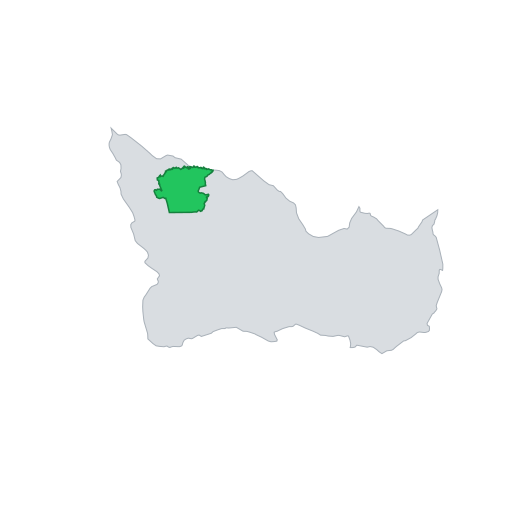 location of Rafaï, Mbomou, Central African Republic, rotated 208°
{"feature_id": "33826404B37622790924059", "entity_name": "Rafaï", "entity_type": "district", "adm_level": 2, "iso_a3": "CAF", "parent_name": "Central African Republic", "parent_adm1": "Mbomou", "projection": "albers", "projection_center": [24.169, 5.748], "detail": "fine", "context": "in_parent", "style": "filled", "palette": "green", "viewbox_px": 512, "rotation_deg": 208, "n_neighbors": 0, "source": "geoboundaries", "source_scale": "gbopen_adm2", "svg_char_len": 8385}
<svg xmlns="http://www.w3.org/2000/svg" viewBox="0 0 512 512"><g transform="rotate(208 256 256)"><path d="M346.7,196.8L350.9,197.9L351.6,199.2L350.5,203.5L351.3,206.2L353.7,208.5L356.1,209.4L358.4,210.0L366.5,211.4L369.9,212.9L374.4,218.0L379.9,222.5L381.3,224.9L381.1,227.1L379.4,229.8L379.7,230.9L382.2,233.6L385.2,236.3L390.6,239.4L399.9,244.1L404.2,247.3L405.6,249.7L408.0,252.3L411.4,254.7L413.6,256.6L412.1,261.8L412.6,263.6L413.4,265.1L415.4,267.1L416.2,269.8L418.1,273.1L420.4,274.6L424.3,275.1L426.3,276.6L430.5,279.3L434.6,281.5L436.4,283.1L437.5,284.5L438.4,286.1L438.9,287.7L439.0,291.3L439.7,295.7L442.0,298.7L444.0,300.9L435.6,298.4L434.4,298.3L432.9,298.8L428.6,302.0L427.2,302.4L421.7,301.7L408.3,299.3L398.1,296.9L395.0,296.0L389.5,295.2L385.9,296.9L382.5,302.5L381.5,303.6L376.2,305.3L373.6,304.8L367.5,306.4L357.9,304.1L354.5,304.5L351.9,305.7L345.0,308.3L340.8,309.7L336.0,311.0L331.4,313.1L328.3,314.2L325.3,314.2L322.5,313.0L319.6,312.0L316.0,311.8L312.3,312.4L309.1,314.6L307.8,316.2L305.1,320.5L301.8,327.4L300.5,328.8L299.4,329.5L284.4,326.0L278.0,325.1L273.7,326.2L268.2,324.2L265.8,323.9L264.7,324.5L261.7,323.6L256.8,321.2L252.0,320.2L247.8,320.5L245.2,319.7L243.2,317.4L240.5,313.1L235.7,308.9L229.2,305.5L225.1,303.0L223.5,301.3L220.0,300.3L214.7,300.1L209.5,301.7L202.0,306.9L195.1,317.5L191.2,321.6L188.1,322.6L187.3,325.2L188.8,329.3L189.2,334.1L188.0,342.1L188.3,347.9L186.7,347.0L185.2,344.2L184.4,343.7L179.9,344.8L177.5,345.9L176.2,347.0L175.3,347.2L173.8,345.6L172.7,345.4L170.9,345.6L169.1,345.6L167.9,345.4L167.1,345.5L165.0,344.6L157.2,342.2L155.9,341.5L154.3,341.5L150.2,343.5L148.1,344.0L141.6,345.1L134.6,345.6L132.0,345.6L130.2,346.5L129.0,347.7L126.7,355.0L126.1,356.3L126.2,358.2L125.5,364.1L125.8,366.0L117.2,382.2L115.9,379.5L115.1,376.3L114.8,372.6L115.0,371.7L114.5,370.6L113.8,367.6L114.5,365.6L114.0,363.6L112.4,361.6L111.0,360.1L110.1,358.7L109.4,358.1L107.8,357.9L105.7,357.1L96.6,347.4L87.2,336.5L85.3,332.9L84.5,330.9L86.9,330.7L87.5,330.4L87.5,329.4L86.1,326.6L85.5,323.1L84.3,320.9L80.6,317.6L77.1,315.0L76.0,313.7L75.4,311.8L74.2,300.2L73.6,296.8L72.5,295.4L71.7,294.7L71.4,293.9L71.6,291.8L72.1,290.0L72.1,289.2L73.1,287.6L73.3,276.8L72.1,275.3L70.0,275.3L68.9,273.7L68.0,271.7L68.3,270.3L70.4,268.1L71.8,267.3L75.9,265.7L77.0,264.8L77.8,263.8L78.3,262.3L80.7,256.8L84.3,251.4L85.8,250.3L89.5,242.2L90.3,240.1L91.0,238.0L92.1,236.4L96.0,233.7L99.0,228.9L102.2,229.2L105.4,230.0L109.6,230.5L112.8,229.6L115.0,227.7L125.1,224.6L125.8,222.1L127.4,220.7L129.3,219.6L129.9,219.4L130.1,220.3L131.2,223.0L133.4,225.7L136.7,228.7L137.7,228.5L139.8,226.3L145.1,225.0L146.4,224.4L150.2,221.2L154.7,219.2L157.3,218.5L161.9,216.4L165.1,216.7L170.3,216.4L178.9,215.5L185.2,215.2L188.3,214.8L189.1,214.4L190.3,211.3L191.3,210.4L193.7,209.1L198.3,204.5L201.3,200.5L202.3,199.1L202.9,198.9L204.2,197.2L202.9,195.5L197.8,191.9L197.9,191.4L197.6,190.8L197.9,190.4L199.9,188.9L202.5,187.3L205.3,186.7L212.7,186.9L218.9,186.6L220.4,186.7L225.3,185.9L228.6,185.2L232.1,183.5L239.9,183.8L246.4,179.5L248.2,178.8L249.0,178.1L249.3,177.4L252.3,175.8L255.7,172.2L258.4,169.1L259.2,166.8L266.5,159.3L269.1,159.5L270.3,158.5L273.3,153.5L274.2,152.6L277.2,151.7L278.6,150.2L279.9,148.0L279.9,145.2L279.4,143.0L279.4,141.9L280.1,140.9L281.2,139.9L286.8,137.2L288.2,135.9L289.1,134.8L290.6,134.5L292.3,134.7L293.4,133.9L294.6,132.7L298.5,131.0L302.0,129.8L305.8,130.3L312.5,132.0L314.6,135.6L315.5,136.9L323.9,145.4L325.5,147.5L329.7,153.7L332.2,157.9L335.1,163.9L335.4,167.2L335.0,170.0L334.4,177.9L333.6,180.2L330.0,184.5L329.8,186.4L330.5,188.0L331.7,188.7L332.4,189.5L331.9,193.2L333.3,194.7L336.0,195.6L343.0,196.3L346.7,196.8Z" fill="#d9dde1" stroke="#a8b0b8" stroke-width="1"/><path d="M352.9,253.7L333.4,264.3L332.1,265.3L330.2,266.5L329.2,266.9L328.6,267.8L328.4,268.9L328.3,269.4L327.2,269.7L326.5,269.7L326.1,269.3L325.6,269.6L325.5,270.2L325.3,270.6L324.9,270.7L324.9,271.3L324.9,271.8L324.9,272.5L324.2,273.1L324.5,273.6L324.6,274.4L324.8,275.4L324.9,275.9L325.1,276.8L326.1,277.6L326.5,278.2L326.4,278.6L326.2,279.0L326.3,279.3L326.5,279.5L326.5,279.9L326.3,279.9L326.0,280.2L326.1,281.0L325.7,281.5L325.6,282.4L326.0,283.1L326.0,283.7L326.5,284.2L326.9,284.3L327.3,284.5L327.4,284.9L327.0,285.3L326.6,285.4L326.4,285.5L326.5,286.1L326.1,286.5L326.2,287.2L326.4,287.8L326.9,288.1L327.3,288.1L327.5,287.5L328.0,287.1L328.4,287.0L328.8,286.7L329.3,286.3L329.8,286.2L330.8,286.5L332.4,286.6L332.8,286.3L333.7,286.2L334.3,285.9L334.7,285.3L336.1,285.3L336.9,285.5L337.6,286.2L337.7,288.0L337.8,288.8L337.9,289.5L338.1,290.2L333.4,294.5L333.8,295.1L334.6,295.6L335.0,296.9L336.3,298.5L337.4,299.6L337.8,300.6L338.0,301.0L338.0,301.8L336.9,303.0L336.6,303.8L336.6,304.7L336.2,305.4L335.6,306.1L335.5,306.7L335.1,307.4L334.8,308.3L334.5,308.4L334.4,308.8L334.5,309.2L334.2,309.3L334.2,309.5L334.3,309.8L334.3,310.0L334.0,310.2L333.9,310.5L334.1,311.4L334.4,311.2L334.5,311.2L334.9,311.2L335.2,311.2L335.4,311.2L335.6,311.2L335.8,311.2L336.1,311.1L336.3,311.0L336.4,310.9L336.6,310.7L336.8,310.6L337.0,310.6L337.6,310.6L337.9,310.6L338.1,310.7L338.3,310.7L338.5,310.7L338.8,310.6L339.0,310.5L339.0,310.3L339.2,310.2L339.4,310.0L339.5,309.8L339.7,309.7L340.0,309.5L340.2,309.2L340.3,309.2L340.5,309.2L340.8,309.3L340.8,309.5L340.9,309.8L341.0,309.8L341.2,309.7L341.5,309.7L341.8,309.4L342.0,309.3L342.1,309.2L342.1,309.3L342.4,309.3L342.6,309.3L342.7,309.5L342.8,309.6L343.0,309.6L343.5,309.7L343.6,309.8L343.8,309.9L344.0,309.9L344.1,309.7L344.1,309.3L344.1,309.1L344.0,308.9L343.9,308.9L343.9,308.7L344.0,308.6L344.0,308.3L344.1,308.1L344.3,308.0L344.5,308.0L344.9,307.9L344.9,308.0L345.0,308.0L345.3,308.0L345.5,308.3L345.8,308.4L346.0,308.4L346.3,308.3L346.5,308.2L346.7,307.8L346.7,307.7L346.8,307.7L347.1,307.5L347.5,307.3L347.5,307.2L347.8,307.1L348.3,306.8L348.4,306.7L348.5,306.7L348.7,306.8L348.8,307.0L349.1,307.2L349.1,307.3L349.4,307.5L349.5,307.5L349.8,307.4L350.0,307.4L350.2,306.9L350.3,306.6L350.9,306.1L351.1,306.1L351.5,305.7L351.9,305.6L352.0,305.7L352.3,305.6L352.4,305.9L352.3,306.0L352.2,306.1L352.3,306.2L352.4,306.3L352.5,306.3L352.8,306.3L353.0,306.3L353.0,306.2L353.2,305.9L353.1,305.5L353.0,305.3L353.0,305.1L353.2,304.7L353.3,304.7L353.6,304.4L353.8,304.3L354.1,304.3L354.5,304.3L354.9,304.1L355.0,304.0L355.3,304.1L355.5,304.2L355.8,304.1L356.0,303.9L356.2,303.7L356.3,303.7L356.5,303.6L356.8,303.4L356.8,303.2L356.7,303.0L356.5,302.9L356.4,302.8L356.1,302.9L355.9,303.0L355.6,303.1L355.3,302.9L355.1,302.7L355.2,302.4L355.3,302.4L355.6,302.4L355.8,302.2L355.8,301.6L355.9,301.4L356.0,301.2L356.3,301.1L356.8,301.2L356.9,301.3L357.1,301.4L357.4,301.7L357.4,301.8L357.4,302.0L357.6,302.2L357.6,302.3L357.8,302.5L358.1,302.7L358.3,302.7L358.4,302.2L358.1,301.9L358.1,301.7L358.3,301.5L358.4,301.4L358.6,301.4L358.8,301.3L359.0,301.4L359.6,301.6L359.9,301.4L360.1,301.2L360.5,301.4L360.8,301.6L361.2,301.8L361.6,301.6L361.7,301.3L361.6,301.1L361.1,300.9L361.1,300.6L361.2,300.3L361.0,299.8L361.2,299.4L361.4,299.3L362.0,299.8L362.1,299.4L362.0,299.1L362.3,298.9L362.4,298.6L362.5,298.3L362.5,297.8L362.8,297.6L363.1,297.1L363.4,297.2L363.7,297.3L365.4,297.4L365.8,297.5L366.1,297.3L366.6,296.8L366.9,296.5L367.3,296.4L368.1,296.8L368.3,295.9L368.6,295.9L369.1,295.6L369.5,295.0L370.1,295.3L370.6,295.3L370.7,295.1L370.8,294.7L370.8,294.2L370.7,293.8L370.6,293.5L370.9,293.5L371.1,293.6L371.1,293.3L371.4,293.0L371.7,293.0L371.8,292.7L371.6,292.4L371.8,292.1L372.5,292.4L372.8,292.2L373.2,292.2L373.6,291.8L373.2,291.4L373.1,291.1L373.4,290.9L373.6,290.9L374.2,290.7L374.3,290.4L374.8,290.1L375.0,289.0L375.6,288.6L375.3,288.3L375.1,288.2L375.4,288.0L375.5,287.7L375.3,287.4L375.2,287.0L375.2,286.6L375.4,286.4L375.4,285.9L375.2,285.6L375.4,285.1L375.5,284.5L375.5,283.9L375.7,283.6L375.8,283.2L375.4,283.1L375.4,282.7L375.9,282.6L376.3,282.4L377.1,282.2L377.7,281.3L378.1,281.8L378.5,282.4L378.8,281.6L378.9,279.8L379.5,279.0L379.9,278.5L378.8,276.8L377.3,277.0L377.0,276.6L376.8,275.8L375.8,275.1L375.9,274.4L375.7,274.0L375.3,273.9L374.7,274.1L374.2,273.1L369.9,269.6L370.1,269.1L370.6,269.2L372.0,269.7L372.5,269.8L373.2,269.2L373.9,268.9L374.4,268.7L374.7,267.3L376.0,267.3L376.4,267.0L376.6,266.1L376.1,265.0L375.4,264.6L373.5,262.9L372.4,262.6L371.3,261.3L369.4,261.3L368.1,261.5L365.5,264.2L363.5,264.0L363.1,264.1L362.8,264.6L359.0,260.8L352.9,253.7Z" fill="#22c55e" stroke="#15803d" stroke-width="1.5"/></g></svg>